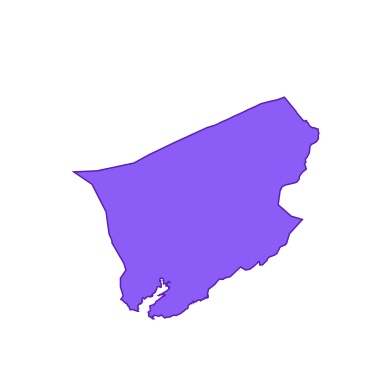 Saltdal nor, Nordland, Norway (Mercator projection), rotated 217°
{"feature_id": "86288312B61921156724393", "entity_name": "Saltdal nor", "entity_type": "district", "adm_level": 2, "iso_a3": "NOR", "parent_name": "Norway", "parent_adm1": "Nordland", "projection": "mercator", "projection_center": [15.291, 66.881], "detail": "fine", "context": "isolated", "style": "filled", "palette": "violet", "viewbox_px": 384, "rotation_deg": 217, "n_neighbors": 0, "source": "geoboundaries", "source_scale": "gbopen_adm2", "svg_char_len": 5677}
<svg xmlns="http://www.w3.org/2000/svg" viewBox="0 0 384 384"><g transform="rotate(217 192 192)"><path d="M87.3,236.4L98.2,232.4L115.5,233.7L122.1,245.4L122.5,246.5L122.9,249.2L123.2,250.5L123.1,250.9L121.5,254.0L115.8,260.7L114.8,262.2L114.2,263.2L114.2,266.2L114.2,266.6L115.7,269.6L115.8,273.8L114.5,279.1L114.6,279.3L119.3,282.3L118.9,284.2L121.3,286.4L121.1,287.5L121.1,288.6L121.2,289.8L121.9,293.9L124.4,298.1L125.2,299.0L125.2,300.7L125.4,301.7L125.5,302.0L125.1,302.3L124.7,303.0L123.8,304.8L123.2,306.4L123.0,307.5L122.9,308.6L123.0,309.5L123.2,310.4L123.3,310.9L123.9,311.7L125.4,313.0L125.5,314.0L125.8,314.9L126.8,315.9L128.5,317.1L128.8,317.6L128.9,318.0L129.1,318.1L133.0,316.8L134.1,316.1L134.1,315.9L137.2,315.5L139.2,316.0L140.0,316.6L141.1,317.0L141.6,316.9L142.0,317.0L142.7,316.8L143.2,317.3L143.2,317.7L143.6,317.8L144.2,317.6L144.4,317.1L144.9,316.2L145.7,315.9L146.0,316.0L155.4,318.1L157.6,319.0L175.3,323.3L179.3,317.1L184.4,311.1L190.0,304.1L193.3,297.7L196.8,291.4L200.0,285.0L203.6,278.6L206.8,272.2L210.4,265.9L213.6,259.5L218.7,252.5L234.8,222.8L248.6,196.2L255.8,180.2L280.6,151.7L298.5,136.9L276.5,138.0L248.6,124.4L233.0,108.6L228.3,106.0L226.0,104.4L225.5,103.3L203.6,94.1L197.8,89.9L197.3,80.1L192.1,73.2L184.4,67.6L184.2,63.4L182.4,63.7L177.7,63.2L177.1,63.8L174.8,62.5L173.7,62.8L173.3,62.6L172.8,62.0L170.6,60.7L168.6,62.4L164.7,63.7L163.5,64.1L163.1,64.5L164.1,64.9L164.5,65.4L164.8,65.9L164.4,66.6L165.5,67.3L166.0,67.8L166.2,68.2L166.5,68.2L166.6,68.6L167.0,69.2L166.8,70.2L166.6,70.9L166.6,71.4L166.1,71.3L166.1,71.6L165.8,71.7L165.8,72.0L165.4,72.4L165.5,73.5L165.6,74.4L165.7,74.6L166.1,74.8L166.1,75.2L167.1,75.4L167.4,76.4L167.6,77.8L167.4,78.1L166.9,78.2L166.1,77.8L165.7,77.9L165.3,78.3L165.2,79.6L165.0,80.1L164.8,80.4L164.6,81.6L164.1,82.3L163.7,82.7L162.9,82.9L162.6,83.3L162.3,83.0L162.0,83.4L161.6,84.4L161.4,84.4L161.4,84.6L161.1,84.7L161.0,85.0L160.9,85.1L161.0,85.5L161.2,85.4L161.3,85.6L162.0,85.4L162.0,85.8L162.0,86.9L161.9,87.4L162.0,87.5L162.0,87.8L161.4,88.5L161.3,89.1L161.3,89.3L161.5,89.8L161.4,90.2L161.1,90.2L161.2,90.6L161.3,90.4L161.5,90.6L161.5,91.0L161.6,91.8L161.6,92.1L161.6,92.7L162.4,94.4L162.5,94.7L162.4,95.2L162.4,95.6L162.0,96.5L160.8,96.9L160.2,96.7L159.5,97.1L159.5,97.7L159.6,98.1L160.0,98.6L161.4,100.1L161.9,100.5L162.9,100.8L163.4,101.6L163.5,101.4L163.8,101.7L163.7,101.8L163.9,101.9L163.7,102.3L163.9,102.5L164.4,102.3L164.6,102.0L165.4,103.5L165.4,104.0L165.3,104.3L164.7,104.5L164.5,104.9L163.0,105.5L162.4,105.2L162.0,104.7L161.9,104.0L161.2,104.0L160.9,103.8L160.7,103.3L160.5,103.1L160.1,102.3L159.3,101.5L158.8,102.2L158.1,102.7L157.7,103.2L157.3,104.1L157.4,105.0L156.8,106.2L156.3,106.8L156.0,106.6L155.3,106.4L156.3,106.0L156.9,105.2L157.0,104.7L157.0,104.0L157.2,103.6L157.3,102.9L157.2,102.4L157.2,102.7L156.9,102.6L157.0,102.2L157.2,102.3L156.4,101.6L156.4,101.8L156.2,101.8L155.9,102.3L155.7,101.7L156.3,101.5L156.0,101.5L154.8,102.2L154.1,102.2L153.8,102.1L153.7,102.3L153.5,102.1L153.5,102.4L153.4,102.2L153.1,102.4L152.9,102.3L153.0,102.2L152.3,102.0L152.3,101.6L152.2,101.4L152.3,100.9L152.4,100.4L152.4,100.1L152.3,99.9L152.4,99.2L152.3,98.4L152.7,97.7L153.0,97.2L153.1,96.7L153.1,96.4L153.2,96.2L154.0,95.0L154.0,94.8L154.3,94.2L154.3,93.6L154.4,92.9L154.6,92.4L155.1,92.1L155.6,91.2L155.7,90.9L155.9,90.7L156.0,90.3L156.0,90.1L156.1,89.7L156.4,89.3L156.5,89.1L156.1,89.2L155.7,89.9L155.5,90.5L155.4,90.8L155.2,91.1L152.5,93.1L152.3,93.3L152.3,93.6L151.6,93.4L151.3,93.1L151.3,92.9L153.1,89.4L153.0,89.1L153.0,88.9L153.2,87.7L153.7,87.0L153.7,86.8L153.6,86.6L153.6,86.2L153.9,85.2L154.5,83.9L154.8,83.0L154.8,82.5L154.3,81.4L154.4,80.6L154.4,80.3L155.2,78.9L155.1,78.7L154.9,78.6L155.1,78.4L155.1,78.2L155.4,77.7L156.0,77.3L156.4,76.6L156.9,76.1L157.0,75.9L156.9,75.4L156.5,75.1L155.9,74.3L155.2,73.9L155.0,73.5L154.6,73.1L154.4,73.0L154.1,72.7L154.0,71.8L154.2,71.1L154.6,70.2L154.6,69.6L154.1,69.0L153.8,69.0L152.8,68.6L152.5,68.2L152.5,67.4L152.4,67.2L152.0,67.2L151.4,66.8L151.2,67.0L149.8,67.0L149.5,67.5L147.2,67.0L146.9,67.5L146.4,67.8L147.7,68.1L148.0,68.3L148.5,69.0L147.8,70.0L148.0,70.3L147.7,70.8L146.5,71.8L144.1,72.5L143.1,73.7L142.6,75.2L142.4,75.3L137.8,75.1L137.4,76.1L136.3,77.1L135.2,78.3L134.3,79.0L134.0,79.6L133.1,81.7L132.3,82.8L131.0,83.4L130.1,84.1L128.0,88.2L126.7,92.6L126.5,93.8L126.5,94.4L125.4,96.2L125.4,96.6L125.4,96.8L126.5,98.6L126.6,99.2L126.4,100.6L126.3,101.3L125.8,101.9L125.9,102.0L125.5,102.3L125.3,102.6L125.4,103.1L125.2,103.4L125.3,103.6L125.2,103.9L125.3,104.1L125.2,104.5L125.4,104.7L125.3,105.2L124.8,105.3L124.5,105.1L124.7,105.5L123.8,105.5L123.6,106.0L123.5,106.4L122.9,106.9L123.0,107.2L122.8,107.3L122.8,107.5L122.5,107.5L122.7,108.0L122.7,108.3L122.1,109.2L120.6,110.5L120.2,110.7L119.9,110.5L119.9,110.8L119.6,110.8L119.3,111.2L119.2,111.5L118.8,112.5L118.7,112.7L118.9,112.7L118.9,112.9L118.7,113.1L118.1,113.6L117.6,114.9L117.7,115.1L117.4,115.0L117.2,115.2L116.9,115.9L117.0,116.2L116.8,116.3L116.8,116.5L116.7,116.5L116.7,116.8L116.7,117.0L116.5,116.7L116.2,116.6L115.8,117.0L115.7,117.5L116.0,118.1L116.4,118.3L116.7,118.3L116.6,118.6L117.0,119.3L117.3,119.2L117.4,119.3L117.7,119.1L117.9,119.2L120.3,124.2L118.3,131.2L117.9,138.6L117.9,138.9L114.8,140.7L114.4,141.3L114.3,142.3L114.0,143.0L113.5,143.5L112.8,144.8L110.6,147.1L108.1,161.4L102.3,161.9L99.4,165.1L98.3,168.5L97.6,171.5L97.2,174.1L96.7,176.9L95.9,176.6L94.0,174.5L91.9,176.1L91.0,182.8L91.4,183.6L91.4,186.1L87.9,191.7L87.4,193.4L87.2,194.2L87.8,197.1L88.1,199.3L88.4,199.8L88.5,200.2L88.2,201.8L85.7,205.9L85.7,206.8L85.5,207.6L89.0,217.2L88.9,219.3L87.5,234.6L87.3,235.6L87.3,236.4Z" fill="#8b5cf6" stroke="#5b21b6" stroke-width="1.5"/></g></svg>